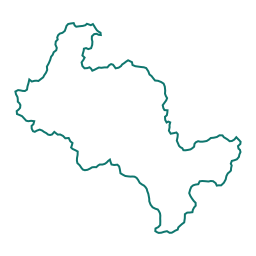 outline of Frei Inocêncio, Minas Gerais, Brazil
{"feature_id": "56859067B46677455197451", "entity_name": "Frei Inocêncio", "entity_type": "district", "adm_level": 2, "iso_a3": "BRA", "parent_name": "Brazil", "parent_adm1": "Minas Gerais", "projection": "robinson", "projection_center": [-41.872, -18.522], "detail": "fine", "context": "isolated", "style": "outline", "palette": "teal", "viewbox_px": 256, "rotation_deg": 0, "n_neighbors": 0, "source": "geoboundaries", "source_scale": "gbopen_adm2", "svg_char_len": 3878}
<svg xmlns="http://www.w3.org/2000/svg" viewBox="0 0 256 256"><path d="M92.9,24.1L90.8,25.2L88.7,24.4L86.9,23.8L85.4,25.2L82.9,25.9L79.1,26.3L76.2,26.7L74.7,25.5L73.7,23.1L70.7,23.5L68.2,24.0L66.5,25.9L65.7,28.4L64.8,30.9L62.5,32.8L59.8,33.6L58.1,35.2L57.2,37.5L57.7,39.5L55.8,41.5L55.4,44.6L56.8,47.9L56.2,50.3L53.7,52.2L52.7,54.8L51.1,56.7L50.2,59.9L48.7,63.4L46.9,66.6L47.2,69.9L46.0,72.7L44.2,75.3L43.2,77.3L40.7,79.2L38.4,81.0L36.6,80.7L34.6,80.8L31.8,81.5L29.3,79.5L28.5,83.1L27.5,86.4L27.0,89.6L24.9,91.0L22.7,90.9L20.4,90.4L18.1,90.1L15.4,91.5L16.0,94.3L17.5,97.1L17.8,99.3L17.8,101.7L19.4,103.2L20.4,105.1L20.1,107.8L18.7,109.5L16.7,111.1L17.0,114.0L19.7,115.1L22.1,116.2L24.2,118.5L26.2,120.7L28.3,121.2L31.1,120.8L34.2,121.2L33.4,124.2L31.6,125.9L31.7,128.6L33.0,131.2L34.8,131.8L36.7,130.7L39.7,129.6L42.1,130.5L44.0,131.9L46.3,133.1L48.1,134.6L50.1,135.0L52.0,134.5L54.3,131.9L55.8,133.1L57.7,134.6L60.2,134.5L63.0,135.9L65.3,138.3L68.7,138.0L70.3,141.3L72.5,143.0L71.9,145.3L71.1,147.5L72.5,148.9L75.3,150.2L77.7,151.5L77.6,154.9L77.0,158.1L76.9,160.7L77.4,163.1L79.7,165.3L81.5,168.0L82.9,169.6L84.8,170.2L87.5,169.8L90.0,168.6L92.1,167.3L94.4,167.1L96.3,167.2L98.0,165.6L99.7,164.5L102.6,164.5L104.7,163.9L106.6,162.6L108.1,161.0L109.9,159.6L110.6,162.0L111.5,164.5L114.1,165.0L117.4,164.7L119.1,166.4L119.8,169.1L120.5,173.3L123.0,174.8L125.3,176.0L128.3,176.4L130.6,176.6L132.5,176.5L134.6,176.7L136.6,177.9L138.1,179.9L139.7,182.8L142.0,184.5L143.9,185.5L145.4,187.0L146.7,188.9L147.3,191.2L148.3,193.8L148.8,196.4L149.2,198.6L149.3,201.3L150.6,204.7L152.6,207.3L155.3,208.7L157.8,209.5L159.0,211.3L160.0,213.4L160.3,215.5L160.2,218.4L160.3,221.2L160.2,225.0L158.3,227.1L155.5,228.5L155.3,231.1L157.0,232.2L158.7,232.9L161.3,232.7L164.1,231.8L167.0,231.2L169.6,232.8L171.8,232.7L173.4,231.8L175.3,230.6L177.7,229.6L178.3,227.4L180.1,225.7L181.8,224.2L184.2,222.4L184.8,218.2L184.9,214.2L187.2,212.6L190.0,212.5L192.4,212.2L192.9,209.8L194.1,207.5L195.7,205.7L195.6,202.8L193.7,200.9L191.9,198.4L190.4,196.0L189.2,193.1L190.2,189.5L191.3,186.9L193.2,185.3L195.5,184.6L198.3,184.2L199.7,181.3L202.2,181.0L205.3,181.2L208.5,181.5L210.8,181.0L213.1,181.2L215.6,183.1L216.8,185.6L218.7,185.3L221.2,185.3L223.9,182.7L225.7,179.4L226.4,176.1L227.8,173.4L229.4,172.1L230.9,170.6L231.1,168.0L231.7,165.5L230.8,163.7L231.8,160.9L234.2,160.3L236.9,159.3L238.9,156.9L239.4,154.5L240.5,152.0L239.9,149.8L238.5,148.6L238.0,146.1L240.3,144.0L240.6,141.8L239.1,140.1L237.7,138.7L236.3,137.2L234.3,139.6L231.9,141.0L229.6,141.2L227.6,139.5L225.5,138.2L223.8,137.2L222.5,135.4L219.5,135.3L216.9,137.0L213.8,137.7L210.8,138.0L208.9,139.6L206.7,141.0L204.4,141.4L202.3,141.7L200.3,141.7L198.1,141.2L195.8,142.3L194.5,143.9L194.1,146.7L192.2,148.3L190.5,149.4L188.1,149.9L185.4,150.3L183.4,150.2L182.3,148.2L180.4,147.2L179.0,145.8L178.2,143.8L176.8,140.7L177.6,136.8L177.8,134.2L176.4,132.5L173.9,133.1L170.7,133.7L168.9,130.7L169.6,127.3L169.5,125.1L170.2,122.4L168.3,121.6L166.6,122.5L165.2,119.9L165.0,116.8L166.8,115.3L167.3,112.8L167.5,110.3L164.5,110.1L163.4,108.2L162.7,105.2L164.6,102.6L166.2,100.4L167.1,98.1L165.9,96.1L165.0,93.7L165.2,90.6L164.8,86.6L163.6,83.6L161.1,82.0L158.0,80.8L155.0,80.5L153.1,78.1L151.5,76.0L149.5,74.5L148.3,71.3L146.2,68.1L143.9,67.3L141.0,67.0L138.2,66.6L135.3,66.2L132.5,65.0L132.0,62.2L130.2,61.3L128.1,60.3L126.1,61.6L124.2,63.1L122.1,64.5L121.0,66.1L118.6,67.7L115.6,68.3L114.3,66.4L113.0,64.7L111.1,64.1L109.3,65.1L107.4,67.4L104.4,67.4L101.3,67.8L98.9,67.5L96.7,68.6L94.2,69.9L92.3,70.7L91.1,68.7L89.5,67.3L87.4,68.1L84.5,68.3L82.4,66.0L81.6,62.4L83.5,59.7L84.6,57.6L82.4,55.5L83.0,53.1L83.7,50.7L83.9,48.7L86.1,48.1L88.3,49.1L91.1,48.2L92.2,44.9L92.4,41.6L91.8,39.1L91.9,36.3L94.2,34.1L96.6,33.8L98.7,34.8L100.8,35.0L100.5,32.7L98.6,31.7L96.9,30.3L95.4,28.1L94.2,26.1L92.9,24.1Z" fill="none" stroke="#0f766e" stroke-width="2"/></svg>